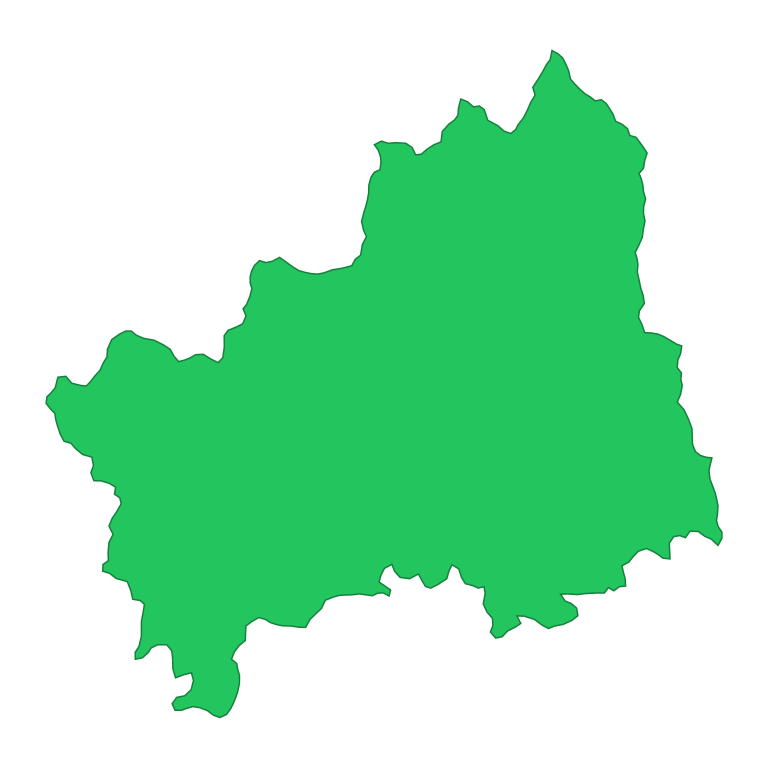 outline of Bom Sucesso, Minas Gerais, Brazil
{"feature_id": "56859067B71909966942308", "entity_name": "Bom Sucesso", "entity_type": "district", "adm_level": 2, "iso_a3": "BRA", "parent_name": "Brazil", "parent_adm1": "Minas Gerais", "projection": "orthographic", "projection_center": [-44.79, -21.016], "detail": "fine", "context": "isolated", "style": "filled", "palette": "green", "viewbox_px": 768, "rotation_deg": 0, "n_neighbors": 0, "source": "geoboundaries", "source_scale": "gbopen_adm2", "svg_char_len": 4625}
<svg xmlns="http://www.w3.org/2000/svg" viewBox="0 0 768 768"><path d="M718.0,545.4L721.9,538.4L721.9,532.1L718.0,526.4L716.5,520.4L717.5,513.9L718.0,505.9L716.7,499.3L715.2,493.0L712.4,485.5L709.9,478.7L709.0,470.4L710.5,463.6L711.9,457.9L706.4,457.3L700.4,455.5L695.5,451.7L692.5,444.4L692.2,436.2L692.0,428.5L688.2,418.5L683.9,409.6L677.3,402.1L680.5,394.5L682.3,385.6L680.8,379.4L681.5,373.1L677.2,367.4L677.9,360.0L680.6,353.5L681.7,345.9L676.4,344.1L670.0,340.2L663.5,336.4L657.5,334.0L651.4,333.0L644.6,332.6L642.0,324.7L638.5,317.2L639.4,310.8L644.3,303.6L643.2,295.5L640.9,288.8L639.1,280.0L637.3,272.1L637.9,264.8L637.2,259.1L635.2,252.4L638.7,245.5L642.3,237.4L643.2,230.2L645.0,221.0L643.5,213.7L643.6,206.8L645.6,198.8L643.5,191.6L642.9,185.3L641.4,179.3L639.1,173.4L643.5,168.2L644.8,160.1L647.1,153.1L643.5,147.4L639.4,141.8L636.0,137.3L629.8,135.5L627.5,128.7L622.1,124.3L615.6,121.2L612.9,114.0L609.8,108.9L606.2,103.5L601.2,99.7L595.2,100.9L590.3,96.9L585.2,94.0L579.6,89.0L574.1,83.3L570.5,79.1L568.7,71.0L566.2,65.0L562.8,58.1L557.9,53.7L552.0,50.5L550.2,59.6L546.4,64.7L542.8,71.4L538.1,79.2L532.8,87.4L535.1,95.2L530.8,102.2L527.5,109.9L523.4,118.0L518.3,124.4L515.6,129.6L510.9,133.5L504.1,131.2L497.7,125.6L487.7,120.2L484.3,109.7L479.4,106.0L473.5,106.9L467.6,101.8L460.8,99.0L458.5,108.1L457.9,115.4L454.6,119.9L448.7,124.3L442.3,131.5L441.0,141.9L434.0,144.7L426.9,149.3L421.3,154.2L415.6,154.8L412.2,147.6L405.8,143.3L396.0,142.7L388.3,143.3L381.5,141.1L374.4,144.7L378.3,150.2L380.4,156.2L381.0,162.1L380.0,169.7L374.4,172.2L371.0,177.3L368.9,185.0L368.6,193.4L367.4,200.1L365.9,206.0L363.8,212.6L361.6,221.5L363.5,230.0L366.5,236.6L362.4,244.5L360.6,255.2L355.2,259.3L351.8,265.7L342.4,268.2L332.4,269.8L323.8,272.9L317.8,274.1L311.0,273.6L304.8,272.3L299.0,270.7L292.9,267.0L286.9,262.6L279.6,257.4L272.5,261.2L266.0,262.6L259.5,260.6L254.5,265.4L251.6,271.1L250.2,276.7L250.2,283.0L251.9,288.6L249.9,296.3L246.6,304.5L243.1,308.7L246.0,315.9L242.7,323.8L235.7,327.3L228.1,330.3L224.2,335.7L224.3,347.2L222.8,357.8L218.1,362.6L211.5,359.4L203.3,354.3L195.7,354.7L189.7,358.1L184.5,360.1L178.6,361.6L173.9,356.1L170.3,349.4L163.6,345.0L154.1,340.2L143.5,338.3L135.9,335.0L131.4,331.1L125.9,331.0L119.7,334.0L111.7,339.6L107.5,349.1L107.0,357.0L103.2,363.0L99.9,370.5L94.9,375.9L90.5,381.6L86.3,386.0L80.5,385.4L71.7,383.2L65.8,376.3L57.9,377.2L55.2,387.9L50.8,393.1L46.9,396.9L46.1,403.4L50.2,408.6L54.9,413.5L55.7,419.3L57.4,425.5L60.2,434.0L64.1,441.3L70.9,443.2L75.5,448.5L82.6,454.5L91.8,457.1L93.5,465.6L90.9,472.6L93.9,480.7L101.2,480.9L109.2,483.3L115.6,487.1L114.5,494.2L119.8,497.8L121.2,503.8L116.3,512.3L112.2,518.3L109.0,526.0L113.1,534.4L109.0,542.3L108.1,552.2L108.4,560.6L103.0,564.5L102.7,571.2L109.8,573.4L116.0,578.4L127.3,581.6L130.8,590.5L132.8,599.3L140.2,600.5L144.4,604.3L143.1,612.6L141.4,621.7L141.4,636.2L139.0,646.4L135.2,652.3L135.3,659.3L142.6,657.7L147.9,652.9L151.2,647.9L157.6,644.8L166.8,644.8L171.7,650.7L172.6,658.0L172.9,668.7L175.5,677.8L184.1,674.6L191.4,672.8L193.5,680.4L191.1,689.8L184.7,695.8L176.7,697.4L172.1,703.8L175.1,710.3L181.5,710.3L186.5,708.4L192.7,706.6L199.5,707.6L207.1,710.4L213.3,715.1L219.8,717.5L226.6,714.4L230.6,708.8L233.2,703.7L235.4,698.3L237.4,692.7L239.4,683.8L239.5,675.3L237.7,669.3L236.7,663.5L231.5,659.2L234.4,651.9L239.1,645.6L245.3,640.5L245.5,634.3L245.9,626.0L251.7,621.6L258.8,617.5L265.3,619.4L270.5,622.6L276.2,624.5L282.6,625.8L291.0,626.0L298.9,627.2L305.6,627.4L310.0,619.4L316.5,613.1L321.5,608.4L325.4,600.2L332.9,597.2L339.1,595.4L345.0,595.0L352.2,594.8L359.4,593.9L365.6,594.8L372.4,595.7L377.8,593.2L383.3,592.9L389.1,596.0L390.6,590.0L384.2,585.5L379.1,582.1L381.0,575.0L384.5,568.3L391.9,564.4L394.7,571.4L400.0,577.4L409.5,578.7L418.4,574.0L422.2,580.9L425.5,586.5L430.8,588.1L438.1,584.4L446.8,578.7L449.0,570.8L452.0,564.8L458.8,568.9L461.6,577.7L465.4,583.7L471.9,585.3L478.4,588.1L484.0,586.7L485.2,593.5L483.2,603.9L487.0,612.1L492.5,618.4L492.8,625.8L490.4,632.0L495.7,638.1L502.2,636.7L507.8,630.8L514.8,627.4L520.8,623.4L516.9,615.9L524.3,616.2L534.5,619.4L541.9,625.0L548.4,628.5L554.8,626.0L563.2,624.4L571.9,620.4L577.9,615.7L576.6,608.1L571.1,603.4L565.2,601.1L560.5,594.2L567.9,593.9L577.2,594.6L585.0,593.6L595.9,593.0L604.4,593.0L608.4,587.6L613.8,590.8L619.3,586.7L625.6,586.0L625.1,578.4L623.2,571.5L622.0,565.8L628.9,562.0L633.2,556.6L638.3,551.3L646.4,548.5L653.3,551.6L658.0,554.4L663.0,558.2L670.0,558.9L669.7,551.4L669.3,543.1L673.8,536.6L679.8,535.6L685.4,537.7L690.1,531.1L698.3,531.5L704.8,536.3L711.2,539.1L718.0,545.4Z" fill="#22c55e" stroke="#15803d" stroke-width="1.5"/></svg>